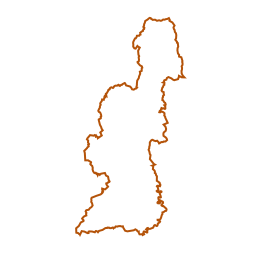 Dak Doa, Gia Lai, Vietnam, rotated 355°
{"feature_id": "81297802B36312306774318", "entity_name": "Dak Doa", "entity_type": "district", "adm_level": 2, "iso_a3": "VNM", "parent_name": "Vietnam", "parent_adm1": "Gia Lai", "projection": "albers", "projection_center": [108.178, 14.116], "detail": "fine", "context": "isolated", "style": "outline", "palette": "amber", "viewbox_px": 256, "rotation_deg": 355, "n_neighbors": 0, "source": "geoboundaries", "source_scale": "gbopen_adm2", "svg_char_len": 5873}
<svg xmlns="http://www.w3.org/2000/svg" viewBox="0 0 256 256"><g transform="rotate(355 128 128)"><path d="M86.9,139.0L87.8,140.6L87.5,141.1L86.9,141.2L87.2,142.9L85.9,143.7L85.4,144.5L82.4,147.0L82.8,149.1L82.6,156.5L85.4,156.7L88.2,158.8L88.2,159.3L87.3,160.6L88.1,161.8L89.0,162.6L89.4,164.6L89.1,166.2L89.5,168.1L90.4,169.7L91.4,170.2L92.0,169.8L92.8,170.6L93.5,170.0L93.0,171.3L93.5,171.6L93.7,172.3L94.3,171.1L94.9,171.4L95.6,172.1L95.9,171.6L96.4,171.8L97.0,171.2L101.1,170.8L101.9,173.4L103.9,174.7L104.2,178.0L105.0,179.6L104.7,180.1L103.5,180.3L103.2,180.8L101.5,181.3L101.6,182.4L103.0,184.7L101.2,186.2L99.7,187.2L97.0,186.1L96.9,186.9L97.6,187.5L97.5,188.8L97.2,189.3L96.8,189.1L96.6,189.8L97.2,189.9L96.7,190.6L94.9,191.8L90.7,192.8L85.7,194.3L85.2,195.5L85.3,197.1L84.9,198.4L85.6,199.7L86.0,202.1L84.6,203.7L83.3,204.3L81.7,206.0L79.6,206.2L79.0,206.5L78.5,207.4L79.2,209.0L78.7,209.9L78.9,211.5L76.8,212.1L75.1,213.4L74.4,214.3L75.7,216.1L75.5,216.9L72.7,218.0L70.5,221.3L67.6,223.4L67.4,227.8L69.3,228.4L70.0,229.3L70.6,229.3L70.9,230.1L72.9,226.7L75.6,227.4L78.5,229.2L79.5,229.2L79.7,227.8L80.3,227.6L83.2,228.0L85.9,229.0L86.8,227.9L87.2,227.8L88.3,228.3L89.0,229.2L90.1,228.0L93.8,227.3L96.8,225.7L98.4,225.8L98.8,225.4L99.6,225.7L100.3,225.5L101.0,226.1L102.4,226.3L104.1,225.8L104.5,225.9L104.8,226.6L105.2,226.2L106.1,226.2L107.1,225.0L109.0,225.3L109.6,225.0L111.7,225.0L113.1,225.6L114.3,225.5L114.6,226.9L116.2,230.1L118.4,230.9L124.8,230.4L126.5,229.6L128.0,230.7L128.3,231.5L129.1,232.1L129.6,232.1L129.4,232.6L130.2,234.9L132.1,235.1L132.8,234.9L133.5,235.2L133.5,235.8L134.8,235.3L134.2,233.4L134.7,232.5L135.4,232.5L137.7,233.8L138.1,233.7L138.2,233.3L137.9,232.8L138.5,231.6L137.2,230.6L138.4,229.4L139.1,229.3L139.8,230.3L141.2,230.4L144.3,229.5L145.6,227.4L146.1,227.1L146.6,227.1L147.8,228.1L148.6,228.0L149.2,226.9L149.4,225.8L151.3,224.7L151.8,224.0L151.4,223.4L149.5,222.5L149.5,222.0L151.6,222.1L152.3,221.6L153.1,220.3L154.1,217.6L154.8,216.8L154.9,215.1L156.5,214.7L157.4,214.0L158.8,213.8L159.3,212.7L159.1,211.7L156.4,208.8L155.5,208.8L154.6,208.0L154.6,207.6L156.4,205.7L156.4,204.8L156.0,204.3L155.1,203.8L154.5,203.9L153.1,205.7L152.8,205.8L151.4,205.7L150.8,205.1L151.2,204.3L154.1,203.5L154.0,203.0L152.3,202.2L152.1,200.2L152.3,199.7L152.7,199.5L154.3,200.1L154.7,199.9L154.6,198.6L153.8,195.9L154.0,195.4L155.7,194.7L155.8,194.2L155.2,193.8L153.4,194.5L152.4,194.4L151.5,194.0L151.1,193.3L151.5,193.0L152.7,193.3L152.9,192.9L152.5,189.6L151.7,188.6L152.0,188.2L152.6,188.1L154.8,188.8L155.2,188.0L154.9,187.2L155.2,186.9L154.6,185.8L154.7,185.2L152.1,183.1L152.6,178.6L151.9,177.6L151.6,175.7L150.8,175.2L151.0,173.6L150.7,172.7L149.2,171.1L149.9,168.0L149.0,167.6L151.6,166.8L150.6,166.1L147.1,160.9L148.1,156.9L147.5,155.9L147.2,153.2L146.6,151.5L147.4,150.0L147.5,148.7L148.2,147.1L148.5,144.2L149.9,142.5L150.9,141.9L151.5,141.9L152.5,142.7L154.4,143.5L155.9,143.2L157.4,145.1L157.6,146.1L157.8,146.1L160.0,144.9L161.5,145.1L162.3,144.6L164.2,144.7L165.9,143.4L165.6,141.9L164.8,140.7L162.7,138.9L162.7,137.0L163.2,135.6L165.3,134.1L165.9,132.3L165.5,130.1L163.8,127.7L168.0,126.3L166.0,120.8L166.0,119.9L165.2,118.7L165.6,117.4L165.6,116.4L164.6,115.4L163.4,114.7L162.3,114.7L161.4,115.2L160.6,115.0L161.1,113.8L162.0,113.3L163.1,111.0L163.7,111.3L164.0,111.7L164.8,111.4L166.3,112.2L166.6,112.2L166.9,111.9L167.0,109.8L166.2,108.5L167.4,108.3L167.6,107.7L167.2,106.2L166.4,105.6L165.2,103.2L164.7,103.1L165.0,101.0L165.6,100.2L165.6,99.2L166.8,98.2L166.5,97.1L166.7,95.4L165.2,94.6L164.7,93.6L165.8,90.7L166.3,90.4L167.2,88.4L167.9,88.2L168.2,86.2L166.9,85.7L168.0,85.1L168.1,83.9L168.4,83.6L170.4,83.2L171.1,81.6L172.7,80.8L175.7,82.4L176.7,83.5L178.2,84.4L182.1,83.7L182.5,82.6L183.0,82.1L183.3,80.5L186.0,82.2L188.6,82.5L187.1,80.6L186.2,78.3L186.3,75.7L186.8,74.7L187.1,72.8L186.8,71.2L187.8,69.9L188.0,68.0L187.7,66.9L188.1,66.1L187.3,62.2L185.1,61.3L185.3,59.5L184.3,58.2L184.0,55.0L184.4,52.6L185.1,51.4L185.0,47.7L184.2,47.3L184.3,46.4L182.8,44.2L183.7,42.9L184.2,39.7L184.0,37.8L183.1,36.4L182.9,34.2L182.4,33.5L182.1,32.1L182.1,31.7L183.3,30.0L181.4,26.7L178.7,24.9L178.6,24.5L179.0,23.9L178.3,22.1L176.6,22.8L175.0,22.9L174.0,23.3L172.5,23.0L171.4,23.7L170.1,24.1L168.4,23.4L166.2,23.7L164.5,22.5L161.9,22.4L161.2,21.6L160.6,21.4L160.2,20.5L159.2,20.2L158.1,20.8L157.1,21.6L154.5,22.9L153.9,24.7L153.1,26.0L152.9,27.5L152.2,28.3L152.2,29.0L153.0,29.5L152.7,30.8L151.8,31.2L151.3,32.7L150.6,32.8L148.4,34.2L148.6,36.0L147.8,36.2L147.3,37.0L144.9,36.9L144.5,38.1L143.6,39.3L142.9,39.3L142.3,40.1L140.8,42.6L140.5,43.8L140.6,45.0L140.3,47.4L141.3,49.2L142.5,49.6L144.5,47.1L145.1,47.8L146.7,48.9L144.8,52.0L144.8,56.0L145.4,57.4L144.8,58.3L144.9,61.0L144.5,62.6L143.3,63.0L143.3,63.7L145.4,66.6L147.2,67.8L147.5,69.2L146.9,69.6L146.6,72.3L144.8,72.9L145.0,73.5L144.7,74.1L144.9,75.0L143.5,77.6L143.1,79.2L141.3,81.6L140.6,85.3L140.7,85.8L139.9,87.9L140.0,88.3L140.5,88.5L139.8,89.3L138.2,89.6L137.1,90.3L135.4,89.8L134.7,88.1L133.6,86.8L129.8,85.4L129.0,83.2L128.6,82.9L126.2,83.9L125.7,84.5L124.8,84.5L123.6,85.4L122.7,84.9L122.7,84.4L122.2,84.1L120.8,84.9L119.2,84.7L118.3,85.0L117.4,85.7L117.2,86.3L116.5,86.8L114.9,86.0L113.7,86.5L113.1,87.9L112.5,88.2L112.2,88.0L111.6,88.5L111.4,89.3L109.7,91.7L109.0,91.9L109.2,93.8L108.8,93.4L108.4,93.3L107.5,94.3L108.1,94.8L108.1,95.5L107.0,95.8L106.3,97.8L104.7,97.3L104.1,99.1L102.9,100.3L102.4,101.5L102.8,102.5L102.5,102.7L101.8,104.3L101.8,105.2L100.7,106.7L99.9,108.3L100.4,109.4L101.6,110.1L102.3,112.3L102.4,113.9L101.7,114.5L101.9,115.6L101.7,116.0L99.6,116.9L99.5,117.2L100.3,122.3L101.4,124.9L101.6,126.3L102.6,128.1L100.0,130.0L101.2,133.2L97.1,135.5L97.1,134.3L96.1,133.8L95.5,133.9L95.7,133.0L95.4,132.4L94.7,132.8L94.0,132.2L93.3,132.7L89.6,131.8L86.7,134.7L86.1,135.7L87.2,137.0L86.9,139.0Z" fill="none" stroke="#b45309" stroke-width="2"/></g></svg>